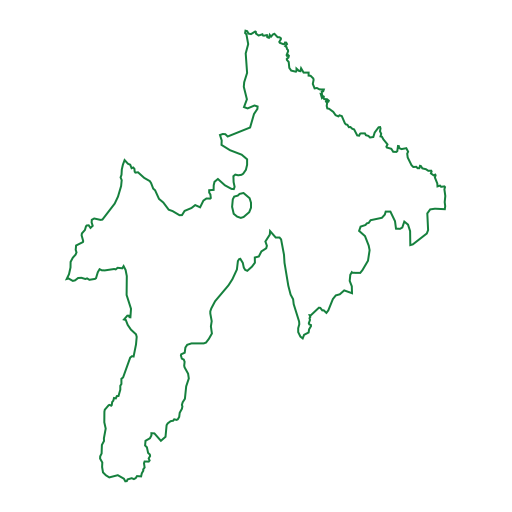 Rungu, Orientale, Democratic Republic of the Congo (Equal Earth projection)
{"feature_id": "63176286B79209138861399", "entity_name": "Rungu", "entity_type": "district", "adm_level": 2, "iso_a3": "COD", "parent_name": "Democratic Republic of the Congo", "parent_adm1": "Orientale", "projection": "equal_earth", "projection_center": [27.634, 2.608], "detail": "fine", "context": "isolated", "style": "outline", "palette": "green", "viewbox_px": 512, "rotation_deg": 0, "n_neighbors": 0, "source": "geoboundaries", "source_scale": "gbopen_adm2", "svg_char_len": 6015}
<svg xmlns="http://www.w3.org/2000/svg" viewBox="0 0 512 512"><path d="M165.5,436.8L166.6,425.2L167.7,423.4L170.6,421.2L173.2,420.7L174.2,419.3L176.6,419.9L177.8,419.3L179.2,416.9L179.7,412.8L181.9,408.8L182.4,406.4L181.9,404.9L182.7,402.2L184.9,398.8L186.2,386.3L188.8,378.5L188.1,373.7L184.6,367.4L184.2,365.7L184.6,361.8L183.8,359.6L181.8,358.6L180.9,355.4L181.2,354.3L184.7,352.7L185.4,347.5L187.2,344.8L191.5,343.4L203.7,343.4L206.0,342.6L208.9,338.8L211.9,333.5L210.9,326.4L211.7,321.2L210.3,313.5L210.3,311.3L211.3,308.4L215.1,301.2L228.5,285.3L232.4,279.2L236.9,269.5L237.9,261.1L239.1,259.2L240.3,258.8L242.8,262.9L243.8,267.6L245.2,269.9L247.3,270.8L252.0,266.6L254.9,262.7L254.8,257.5L258.8,256.5L261.4,251.4L266.2,248.3L266.9,245.8L265.4,241.5L269.8,234.6L270.1,231.1L275.7,237.5L279.5,237.5L281.1,239.4L284.0,254.8L284.5,262.8L288.3,285.7L290.6,294.6L293.1,299.2L293.7,304.2L299.1,321.5L299.3,324.2L298.2,328.2L298.2,332.1L300.4,336.6L302.7,338.4L304.1,334.8L308.6,332.5L309.1,329.3L311.0,326.1L310.9,325.0L309.3,324.4L308.8,323.2L310.0,319.9L309.5,318.2L310.3,317.0L309.6,315.2L310.8,315.3L318.9,307.7L320.3,307.9L322.3,310.4L323.7,310.3L326.4,312.9L328.3,310.4L332.9,299.0L335.8,295.4L339.8,294.3L344.2,290.4L352.0,293.2L351.8,286.3L349.7,280.9L350.3,274.8L351.8,272.2L352.4,272.8L360.2,272.9L362.4,270.2L368.0,260.7L369.6,250.2L368.7,245.6L365.0,236.1L359.1,230.9L360.6,226.6L365.5,225.0L366.8,223.4L368.7,222.9L370.6,220.2L381.9,217.8L384.8,214.6L385.7,211.6L390.4,211.6L395.0,221.2L396.0,228.7L400.1,228.8L402.3,227.5L404.3,221.6L408.0,224.6L410.1,231.1L410.3,245.1L412.8,244.4L426.8,233.5L428.1,230.1L427.3,213.4L430.2,209.4L435.0,208.7L444.8,209.2L445.2,206.2L444.7,202.1L445.3,196.0L444.4,189.3L445.0,187.1L444.4,186.4L441.1,186.8L440.0,185.6L437.5,186.4L437.3,183.5L434.9,177.5L435.6,175.2L435.2,174.6L433.7,175.4L430.9,173.4L431.6,171.4L431.2,170.7L428.3,170.8L425.9,169.2L422.4,168.4L420.8,166.0L420.0,165.8L419.3,168.2L417.6,168.2L416.3,166.8L413.3,167.0L411.5,165.2L407.7,157.5L407.2,153.7L408.1,151.7L406.3,148.2L401.5,149.1L399.2,148.1L398.8,146.1L398.0,146.0L397.3,151.1L396.4,151.9L393.2,151.8L391.3,148.8L386.8,147.5L386.4,146.7L387.5,144.4L383.4,139.4L381.9,136.7L380.5,136.4L381.2,133.8L380.0,131.3L380.5,128.4L380.1,127.1L378.6,127.3L374.7,132.5L373.3,137.0L370.0,137.5L368.4,135.9L365.9,135.2L364.9,133.4L360.9,133.4L360.1,133.7L359.1,135.7L357.2,135.4L354.1,129.4L352.3,128.8L350.4,127.0L348.9,127.2L347.4,124.8L345.9,124.4L344.9,123.3L341.8,116.1L339.5,115.3L338.4,116.4L335.6,115.2L333.3,111.9L329.1,108.8L327.3,108.4L326.7,105.9L327.1,103.2L325.9,101.3L326.2,100.7L328.4,101.6L328.8,100.7L327.0,99.2L324.2,99.1L323.6,98.3L323.8,96.6L323.1,96.2L321.9,97.8L320.8,94.1L322.0,94.4L321.7,91.7L323.2,91.3L323.8,89.5L319.5,89.4L316.9,88.0L314.6,88.4L312.8,83.9L313.6,79.9L313.3,78.5L310.6,75.8L308.6,75.6L308.6,72.6L303.6,72.6L301.1,68.3L300.4,71.2L299.1,71.0L296.5,68.6L296.5,70.9L295.9,71.7L291.2,70.6L289.3,67.9L288.7,62.0L286.9,59.9L286.8,58.9L288.4,57.6L288.9,55.8L288.0,54.9L287.0,55.8L286.6,55.1L288.1,51.3L288.0,50.1L287.0,49.0L286.6,47.2L285.2,46.1L287.0,44.1L286.2,42.6L285.0,42.5L284.3,44.0L283.4,44.2L279.8,42.8L279.3,41.9L280.9,39.1L280.9,38.3L279.6,37.3L277.6,37.2L274.4,33.8L273.0,34.4L271.0,36.7L269.7,34.9L268.9,37.8L267.3,37.2L266.9,35.1L263.9,35.7L262.8,35.4L262.4,34.3L258.6,35.5L256.0,33.6L255.8,31.8L255.2,31.5L251.0,34.1L248.5,33.6L247.2,31.2L245.5,30.7L245.1,33.0L246.4,34.3L248.2,44.1L245.7,53.4L247.1,72.9L244.2,82.2L243.8,86.8L246.9,99.3L244.0,107.1L247.6,108.4L254.5,105.5L257.6,106.5L257.4,108.9L254.0,114.0L250.1,127.5L227.7,136.5L225.3,134.2L222.8,134.0L220.0,135.0L221.7,140.5L221.5,144.9L230.0,150.2L241.7,154.7L247.1,159.3L247.1,164.8L245.9,169.8L243.2,173.7L241.5,174.8L238.2,175.3L235.3,174.6L233.4,176.2L233.6,182.1L234.6,186.8L233.8,189.1L231.5,188.9L224.9,185.3L217.9,179.0L214.5,181.8L213.7,185.3L213.6,189.9L209.2,190.2L209.2,192.6L210.4,194.5L210.8,198.0L210.2,198.6L206.4,198.5L203.4,200.6L200.1,207.3L195.2,205.1L191.5,208.0L184.6,210.9L182.0,215.1L179.5,215.2L172.6,211.1L168.7,209.7L163.3,202.5L159.0,198.9L155.1,190.3L153.2,188.6L151.1,183.1L149.8,181.1L144.2,177.9L138.0,172.3L135.4,172.6L134.7,171.7L134.4,168.8L133.2,167.5L131.6,168.2L130.2,164.7L128.0,163.8L124.6,160.1L122.9,164.7L121.8,169.5L121.5,174.8L120.6,177.4L121.7,180.2L121.1,186.1L118.0,196.6L114.7,203.6L102.4,219.6L100.6,219.9L94.2,218.5L91.8,219.8L91.6,222.4L92.7,225.8L90.5,227.9L88.7,225.3L86.7,225.5L86.0,226.3L84.9,230.0L81.9,233.4L81.6,235.3L83.2,241.1L82.9,242.1L76.1,245.5L75.7,249.8L76.5,252.4L75.6,254.6L72.8,257.7L70.6,261.9L70.5,267.5L69.0,274.2L66.7,279.0L68.6,278.5L72.8,280.9L75.0,280.4L78.1,278.0L81.4,277.8L85.4,279.0L87.1,278.4L89.4,279.8L95.0,278.9L96.0,278.2L97.8,272.2L99.6,269.2L101.8,270.3L104.8,270.4L114.2,269.0L115.7,269.4L117.6,267.8L122.3,268.3L123.6,266.1L125.6,270.0L126.8,276.1L126.6,295.0L131.0,308.8L130.4,317.3L129.5,317.2L128.8,315.7L127.3,315.7L124.0,319.5L125.8,320.0L127.7,324.9L130.9,329.6L136.0,334.3L136.7,336.9L136.0,344.5L133.6,356.5L132.0,356.2L130.2,357.6L123.1,377.4L121.4,378.8L121.4,384.0L120.3,385.8L120.3,389.7L118.5,396.0L116.8,396.1L115.8,398.4L114.0,398.0L113.3,400.7L112.2,402.0L111.7,405.2L111.2,405.7L109.6,404.9L108.7,405.2L104.8,409.7L104.4,411.7L104.3,422.3L105.7,428.6L103.9,438.3L104.0,441.0L101.9,444.9L101.6,453.5L100.2,456.3L100.1,458.6L102.3,462.5L102.1,467.0L103.0,472.4L105.9,475.3L109.3,477.4L117.8,475.2L123.9,478.7L125.3,481.3L126.8,481.1L127.6,479.4L131.7,478.2L133.9,479.1L135.7,478.1L137.0,476.1L141.1,476.4L141.8,473.3L143.3,470.7L143.2,469.4L144.6,467.5L144.0,463.2L144.6,461.5L148.7,461.6L149.6,460.5L148.7,458.4L150.1,456.0L149.8,454.5L148.1,452.9L146.9,447.3L145.1,445.5L145.5,440.8L149.9,438.3L151.4,435.5L151.4,433.2L154.4,433.4L160.9,440.8L165.5,436.8ZM232.1,206.8L232.8,199.3L234.2,196.6L237.8,195.6L239.6,193.9L243.5,193.0L249.6,198.2L251.0,202.7L251.0,207.7L249.2,212.2L243.6,217.0L240.8,217.9L237.1,216.6L233.7,213.8L232.1,206.8Z" fill="none" stroke="#15803d" stroke-width="2"/></svg>